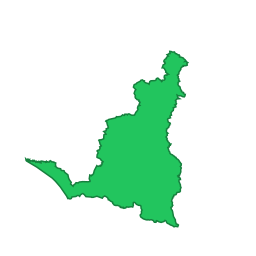 the district of Portoviejo, Manabi, Ecuador, rotated 292°
{"feature_id": "8360857B28339541752257", "entity_name": "Portoviejo", "entity_type": "district", "adm_level": 2, "iso_a3": "ECU", "parent_name": "Ecuador", "parent_adm1": "Manabi", "projection": "equal_earth", "projection_center": [-80.352, -0.999], "detail": "fine", "context": "isolated", "style": "filled", "palette": "green", "viewbox_px": 256, "rotation_deg": 292, "n_neighbors": 0, "source": "geoboundaries", "source_scale": "gbopen_adm2", "svg_char_len": 5833}
<svg xmlns="http://www.w3.org/2000/svg" viewBox="0 0 256 256"><g transform="rotate(292 128 128)"><path d="M185.3,136.6L184.3,135.8L183.4,136.1L182.1,135.3L180.4,131.6L179.2,130.8L176.5,131.1L176.8,130.3L176.5,127.2L177.2,125.2L177.8,125.3L177.6,124.7L178.0,123.4L177.1,122.1L175.9,121.8L173.1,119.3L172.1,119.1L170.5,117.5L167.9,117.7L166.5,120.9L164.9,120.5L162.4,120.7L160.8,122.7L159.5,122.9L158.4,123.9L158.2,125.0L157.7,125.7L157.9,127.8L156.8,128.1L156.4,129.5L153.9,129.4L153.4,130.6L152.2,129.1L150.0,129.3L149.4,130.1L148.8,130.3L146.3,129.8L145.7,129.4L142.4,129.2L141.2,126.7L141.5,123.6L140.4,122.2L140.0,122.3L140.2,121.3L139.6,119.9L138.4,120.0L138.1,119.4L138.3,118.2L136.0,116.9L134.3,113.8L134.2,113.0L133.4,113.1L132.4,112.3L128.6,106.8L127.5,106.2L126.8,105.1L126.0,104.8L125.4,106.4L124.6,106.7L122.7,108.1L122.1,109.0L121.3,109.1L120.8,109.7L119.8,109.1L119.2,108.1L117.4,108.8L115.7,106.8L115.0,108.7L114.0,109.9L113.3,108.5L112.7,108.2L108.9,109.5L107.0,107.5L106.2,105.8L105.7,105.5L105.0,106.4L102.6,108.2L101.4,109.9L99.9,108.8L99.1,109.7L96.9,109.6L96.2,108.5L95.1,107.9L94.6,108.9L93.6,109.7L91.8,109.4L89.3,110.1L89.1,110.6L89.1,113.2L88.7,114.5L88.0,115.2L87.3,117.5L85.7,116.7L85.3,117.4L84.1,117.5L83.5,116.8L83.1,117.1L82.8,116.3L82.2,116.6L81.9,115.3L81.4,115.0L81.1,113.9L81.4,113.2L76.0,112.7L72.7,113.1L71.0,112.6L70.7,111.9L70.0,111.9L70.1,110.2L66.3,111.1L64.8,112.7L64.2,112.8L63.1,111.0L61.3,106.1L59.6,103.0L58.5,102.5L57.8,100.3L56.1,99.8L54.6,98.9L53.4,98.9L54.6,95.7L56.3,95.8L57.9,93.2L59.3,91.7L62.1,89.8L63.2,85.8L64.3,85.0L64.3,84.0L63.7,82.5L64.0,81.6L65.0,80.8L64.4,77.8L65.3,75.0L65.8,75.2L66.8,74.5L68.5,74.1L68.4,72.8L68.7,72.0L68.3,71.8L68.3,70.5L68.0,70.0L68.6,68.6L68.2,68.5L67.9,67.6L67.1,67.8L66.5,66.8L66.6,66.1L65.9,65.4L66.5,64.9L65.5,64.5L65.9,64.1L65.3,63.0L65.4,62.5L65.1,62.3L65.2,61.3L64.9,60.1L64.4,59.5L64.3,60.2L63.7,59.8L63.3,60.1L63.5,58.7L62.9,59.2L62.8,58.6L63.2,57.9L62.5,57.2L63.0,56.9L62.2,55.9L62.6,55.5L61.8,55.3L62.4,54.5L62.9,53.2L62.5,52.4L61.8,53.2L61.4,52.3L62.1,52.1L62.2,51.6L61.5,51.5L61.2,49.8L60.6,49.7L61.1,49.4L61.3,48.7L61.1,48.2L60.6,48.2L60.6,47.8L61.8,48.2L61.4,47.4L60.7,47.2L61.6,46.7L60.6,45.8L61.0,44.9L59.7,45.7L59.4,46.3L57.6,58.0L53.2,76.5L51.4,80.8L48.1,87.2L41.9,96.6L40.1,98.6L40.6,99.0L40.3,99.9L40.7,101.1L41.4,101.8L43.1,101.9L45.0,105.4L46.4,106.3L46.9,107.7L46.5,108.8L48.2,109.0L50.1,110.3L50.3,111.0L49.8,112.6L48.6,114.7L50.3,120.0L50.1,120.3L50.7,121.7L53.1,124.7L53.3,130.5L54.6,130.7L56.2,131.8L56.1,133.8L55.6,135.3L54.7,136.3L54.1,136.5L54.1,137.0L54.5,137.0L53.7,139.0L53.4,141.6L52.5,142.0L51.4,144.1L51.6,145.8L52.3,147.2L52.4,149.2L52.3,150.7L52.0,151.2L51.6,151.0L51.7,151.6L51.9,152.8L52.3,152.7L52.7,153.4L52.0,154.2L53.1,155.9L54.3,156.1L54.7,157.9L56.3,160.6L56.5,162.0L58.6,161.9L59.0,161.4L60.9,160.9L61.4,161.5L61.3,162.8L60.3,164.5L60.5,165.3L60.2,166.5L60.8,168.4L60.5,169.2L58.3,170.3L57.6,171.3L56.9,171.8L55.8,171.6L54.2,172.4L53.0,172.4L52.2,171.9L51.6,172.0L50.3,173.1L49.5,176.3L49.7,179.3L50.1,180.5L50.6,180.8L50.6,182.1L51.7,183.9L51.7,186.1L50.5,187.7L51.0,189.2L51.8,189.4L52.4,189.0L52.9,189.4L52.6,191.8L52.9,194.1L54.8,196.4L56.2,196.9L56.1,198.0L54.7,199.5L54.4,200.3L54.4,201.9L54.0,203.6L54.1,205.9L53.6,207.7L54.6,208.8L55.1,211.1L56.9,211.1L57.3,210.1L57.0,208.8L59.4,206.8L60.5,206.4L63.0,203.3L67.3,200.6L68.3,199.8L68.7,198.8L70.5,197.5L71.5,198.4L72.5,198.2L73.2,198.5L73.7,197.6L75.8,197.0L76.3,195.8L78.7,195.5L79.6,195.8L80.5,195.3L81.4,196.1L82.8,195.6L84.3,197.5L86.5,197.5L88.0,199.9L89.1,200.2L90.6,199.5L92.8,199.4L93.5,198.5L94.9,197.9L97.7,195.1L99.5,194.8L99.9,195.9L100.8,195.4L101.6,194.1L101.3,193.1L101.7,192.7L102.4,192.9L102.4,192.2L103.2,192.6L103.3,193.5L107.1,193.4L109.3,192.4L110.9,192.4L112.0,190.9L113.2,191.3L114.7,190.9L115.0,190.0L115.7,189.4L115.9,188.4L116.6,187.9L117.5,186.3L117.9,184.0L118.7,183.6L118.7,182.3L119.2,181.6L119.2,180.5L119.7,179.5L119.8,177.2L120.3,176.3L121.3,175.8L121.7,174.9L124.9,172.2L125.9,173.3L127.1,172.8L127.8,173.7L129.2,173.8L128.7,172.4L129.6,172.0L130.5,169.8L131.2,169.5L131.6,168.3L132.6,168.4L133.2,167.9L133.7,166.8L134.3,166.6L136.0,167.2L137.3,166.3L138.1,167.0L138.6,165.3L140.3,164.4L140.9,164.6L141.5,164.1L143.9,165.5L144.5,165.2L146.1,165.6L147.0,165.1L147.7,165.7L148.4,165.1L148.5,163.2L150.6,161.5L151.7,161.6L153.4,163.6L154.6,162.5L155.5,162.5L156.2,163.5L158.1,162.2L160.3,162.8L161.2,163.4L163.0,163.0L163.7,162.4L165.6,164.5L166.5,163.7L167.0,162.8L167.7,163.7L168.7,163.9L169.2,163.1L170.8,162.5L171.2,161.7L173.3,162.5L174.5,164.8L174.8,162.8L176.9,161.3L176.7,162.6L177.7,165.1L177.5,166.8L177.9,168.5L179.0,168.8L180.5,168.5L180.3,168.2L181.0,166.2L181.7,166.2L181.7,164.2L182.2,163.6L182.6,163.7L183.6,162.2L185.6,160.8L186.1,159.1L187.3,157.8L188.2,157.8L189.0,157.3L190.8,158.4L191.1,157.2L192.5,156.9L193.2,155.6L194.7,155.4L195.4,154.0L196.0,154.0L197.1,154.9L198.9,154.3L202.1,155.0L203.1,154.5L205.2,155.4L205.8,156.1L206.2,155.9L206.2,156.4L206.8,156.4L207.4,158.3L208.5,159.4L210.0,158.4L211.0,159.0L211.3,157.5L211.7,157.1L211.1,156.0L211.9,156.4L212.7,155.3L212.9,154.2L213.6,153.1L213.6,151.1L213.2,149.1L214.3,148.9L214.5,148.2L214.9,148.1L214.6,146.8L215.0,145.1L214.8,144.0L215.9,142.6L215.0,140.8L215.1,139.3L214.7,138.0L212.8,139.1L212.4,138.1L211.7,138.0L210.6,136.7L209.8,138.5L209.2,137.8L207.3,137.2L206.7,137.5L205.8,136.7L204.2,136.1L203.0,136.4L203.0,137.3L202.4,137.4L202.3,138.0L201.8,138.3L200.3,137.6L199.9,137.0L196.6,137.1L196.9,137.8L196.9,139.1L194.8,141.9L193.9,142.0L193.0,145.0L192.6,144.0L191.5,144.3L191.1,142.8L190.2,142.2L188.6,142.5L188.4,143.1L187.9,143.1L187.9,143.7L186.6,144.0L185.8,143.5L185.4,142.2L184.9,141.7L183.9,142.1L183.6,141.9L184.5,140.4L184.8,138.6L185.4,137.6L185.3,136.6Z" fill="#22c55e" stroke="#15803d" stroke-width="1.5"/></g></svg>